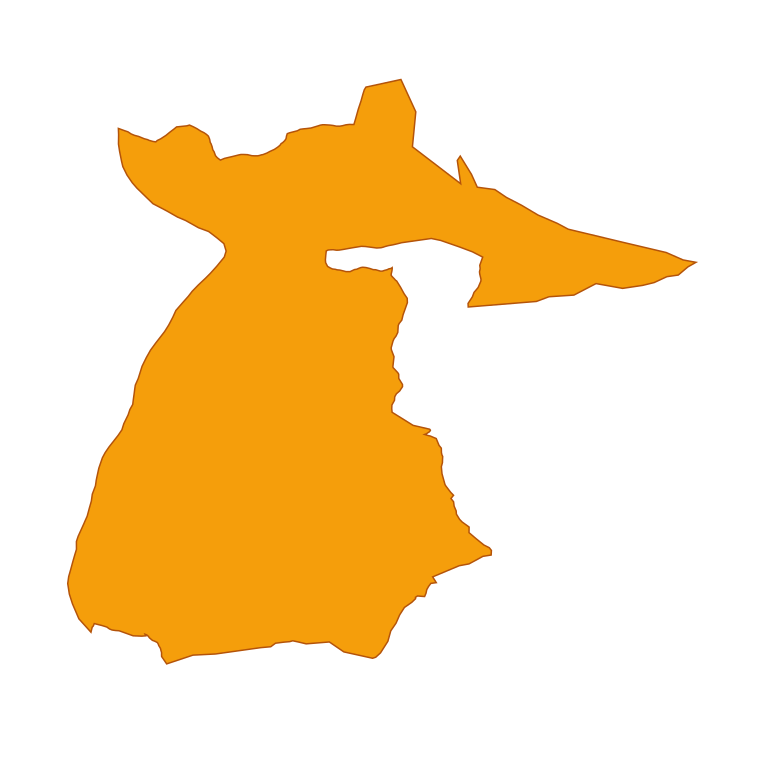 the district of Ideato North, Imo, Nigeria, rotated 277°
{"feature_id": "59680162B2351853936587", "entity_name": "Ideato North", "entity_type": "district", "adm_level": 2, "iso_a3": "NGA", "parent_name": "Nigeria", "parent_adm1": "Imo", "projection": "equal_earth", "projection_center": [7.158, 5.852], "detail": "fine", "context": "isolated", "style": "filled", "palette": "amber", "viewbox_px": 768, "rotation_deg": 277, "n_neighbors": 0, "source": "geoboundaries", "source_scale": "gbopen_adm2", "svg_char_len": 5119}
<svg xmlns="http://www.w3.org/2000/svg" viewBox="0 0 768 768"><g transform="rotate(277 384 384)"><path d="M605.3,89.2L599.1,90.2L589.8,91.2L582.7,93.2L573.3,96.3L567.9,98.3L560.0,103.5L553.0,109.7L548.3,114.9L543.5,121.2L534.8,132.7L532.0,140.2L529.3,147.3L524.5,158.8L522.1,167.2L516.5,180.8L514.0,191.3L513.1,192.9L508.5,200.7L503.8,208.0L496.7,211.1L490.5,210.0L480.4,203.6L472.7,198.2L467.3,194.0L459.6,187.6L452.6,182.3L447.2,179.1L441.0,174.8L431.7,168.5L424.7,166.3L419.6,164.4L416.2,163.1L409.2,159.8L403.8,156.6L396.8,152.4L389.1,148.1L381.3,144.9L372.1,141.7L359.5,139.4L352.6,137.3L348.4,137.2L344.8,137.2L338.5,137.1L333.1,137.1L327.7,134.9L322.2,133.8L314.7,131.2L312.9,130.6L308.1,129.7L306.7,129.5L300.5,126.3L288.1,118.8L282.3,115.8L281.9,115.6L276.5,113.5L270.4,112.2L269.0,111.9L265.6,111.2L255.8,110.3L253.1,110.1L251.4,110.1L247.7,110.0L243.6,109.0L239.1,107.9L232.1,107.8L225.1,106.7L216.6,105.5L211.1,103.8L210.1,103.5L209.6,103.4L202.6,101.2L195.6,99.0L190.2,97.9L182.4,98.9L176.1,97.8L169.1,96.7L161.4,95.6L154.4,94.5L147.4,94.4L137.1,97.3L127.8,101.6L113.7,109.8L107.4,117.1L101.9,123.4L107.0,124.0L108.5,125.0L110.9,125.6L109.9,133.5L109.0,138.5L107.4,141.4L106.7,144.0L106.6,147.6L106.8,151.0L106.6,152.0L103.5,165.7L104.2,174.3L105.0,178.2L106.5,177.3L106.1,179.0L104.9,180.8L103.4,182.2L102.9,183.0L101.8,184.6L101.3,185.5L100.9,187.3L100.2,189.4L99.8,190.4L99.2,191.0L98.7,191.4L96.8,192.4L94.7,194.1L93.7,194.6L92.0,195.2L91.0,195.7L90.0,196.0L88.2,196.2L86.4,196.5L79.7,202.4L91.6,227.4L95.5,249.7L107.3,293.8L109.4,303.6L113.5,307.9L115.5,315.8L116.8,321.9L118.0,324.7L117.5,330.4L116.6,338.4L121.3,361.2L113.2,376.8L110.4,406.1L111.8,409.1L116.7,413.3L129.1,419.2L139.8,420.8L148.1,425.1L156.8,427.7L164.7,431.5L170.7,438.2L174.8,441.5L176.1,441.2L177.7,443.1L177.8,446.3L178.0,450.2L181.5,451.2L185.1,451.5L188.5,452.9L191.8,454.8L193.2,460.1L198.5,455.8L212.8,480.8L215.8,490.3L225.0,503.2L227.3,511.2L231.9,510.9L234.3,508.5L236.4,502.7L241.6,494.4L246.8,486.5L252.4,485.9L256.6,478.3L258.9,475.5L263.7,471.7L266.8,471.1L271.3,468.5L275.6,467.4L278.5,464.4L282.0,466.6L284.6,463.4L290.1,458.0L291.6,456.8L302.0,452.5L308.9,451.0L313.1,451.6L316.3,451.3L319.2,451.1L320.8,450.1L322.8,449.4L327.3,448.7L329.8,446.1L336.2,442.5L338.0,436.3L338.2,434.2L338.9,430.5L339.7,432.1L341.0,433.5L341.9,434.7L342.9,435.4L343.8,435.7L344.7,434.8L346.5,417.9L356.9,395.5L360.4,394.7L364.1,394.4L369.1,396.4L372.6,396.2L375.8,397.5L379.0,400.4L383.6,402.7L385.8,402.4L391.3,398.0L395.5,397.4L396.8,396.4L401.4,391.0L402.3,390.7L412.3,390.6L418.8,387.2L420.7,386.7L427.6,387.7L430.3,388.5L433.0,390.1L436.9,391.4L443.8,391.0L445.8,391.6L449.6,393.9L455.0,394.5L467.6,397.3L471.9,396.6L476.1,392.9L482.1,388.6L487.8,384.0L488.4,382.8L489.7,381.4L490.8,380.0L491.8,378.8L492.7,377.9L493.5,377.8L494.5,377.8L496.2,378.0L497.5,378.1L499.6,378.1L500.5,377.9L499.9,377.3L499.3,376.2L499.0,375.0L497.8,373.1L496.8,370.6L495.8,368.5L495.6,366.8L495.9,364.8L496.4,361.8L496.2,359.3L496.9,356.0L497.4,351.9L497.3,348.7L496.8,346.9L495.7,344.8L494.6,343.0L494.0,340.8L492.5,338.4L491.4,336.6L490.9,332.6L491.3,329.8L491.7,326.2L491.6,323.7L491.9,321.8L491.9,318.8L492.6,316.6L493.8,313.7L497.3,311.3L500.1,310.7L505.3,310.5L509.1,310.5L510.2,312.3L510.7,314.7L511.1,317.2L511.0,320.5L511.4,323.0L512.7,327.5L514.4,332.9L515.9,337.9L517.9,344.8L518.2,348.8L518.1,360.2L518.9,364.4L519.6,366.3L520.7,368.6L521.9,371.6L523.2,375.8L524.8,380.2L526.4,384.3L534.2,413.2L533.4,422.8L529.2,442.3L526.0,455.6L522.0,466.5L513.5,464.6L510.1,465.4L507.0,465.1L504.9,465.6L499.8,467.5L497.9,467.6L491.3,465.7L489.4,464.5L485.9,462.2L481.3,461.1L474.2,457.6L470.7,458.2L484.5,525.2L490.7,537.1L495.4,561.7L509.5,582.2L508.0,609.2L513.4,628.7L517.6,639.8L525.0,651.7L528.0,662.8L537.3,671.4L542.8,678.8L543.6,665.7L548.9,648.1L553.8,603.5L560.1,548.0L564.6,536.3L570.5,516.2L578.2,498.7L584.1,482.8L590.5,470.3L590.7,452.6L602.7,445.3L619.5,431.9L614.8,429.5L592.1,435.7L622.9,383.3L658.0,382.4L688.3,363.7L676.5,329.9L673.7,328.6L668.8,327.7L662.1,326.7L653.7,325.0L643.8,323.5L637.9,322.5L637.6,320.1L637.5,318.4L637.1,316.6L636.6,314.6L635.3,311.3L634.5,308.6L634.1,305.3L634.4,302.1L634.4,298.7L634.1,293.8L633.9,291.7L633.2,289.3L632.2,287.2L630.4,283.1L629.2,280.4L628.1,276.0L627.5,273.2L626.6,269.7L624.8,267.2L623.1,262.9L621.9,259.8L620.7,257.5L618.3,257.0L615.6,256.9L613.4,255.8L611.2,254.0L610.1,252.6L608.2,251.6L606.1,249.6L603.5,246.6L600.8,242.2L599.0,239.7L597.0,236.0L596.4,234.1L595.8,232.9L595.1,230.9L594.7,227.8L594.5,225.0L595.0,220.5L594.7,216.6L594.4,214.1L593.7,212.0L592.3,208.4L591.2,205.5L590.1,202.5L588.5,198.2L586.3,194.3L587.3,192.6L588.3,190.9L590.1,188.9L593.7,187.1L595.7,185.5L598.5,184.5L601.3,183.1L602.6,182.1L605.7,181.1L608.6,179.5L610.1,177.4L611.5,174.7L612.7,171.2L614.6,167.3L616.0,163.6L617.3,159.4L616.2,156.8L613.9,146.8L611.5,144.5L607.6,140.5L604.2,137.3L600.0,132.3L598.1,129.3L596.5,128.0L596.6,125.0L597.3,120.6L597.7,119.9L598.2,116.2L599.8,110.4L600.4,106.0L601.4,102.5L603.1,99.1L603.8,95.7L605.3,89.2Z" fill="#f59e0b" stroke="#b45309" stroke-width="1.5"/></g></svg>